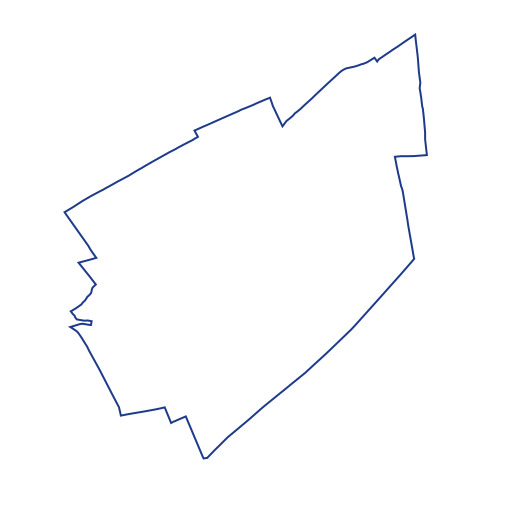 Scanteiesti, Galati, Romania (Albers equal-area conic projection), rotated 260°
{"feature_id": "2599482B67420724035432", "entity_name": "Scanteiesti", "entity_type": "district", "adm_level": 2, "iso_a3": "ROU", "parent_name": "Romania", "parent_adm1": "Galati", "projection": "albers", "projection_center": [27.986, 45.7], "detail": "fine", "context": "isolated", "style": "outline", "palette": "blue", "viewbox_px": 512, "rotation_deg": 260, "n_neighbors": 0, "source": "geoboundaries", "source_scale": "gbopen_adm2", "svg_char_len": 3142}
<svg xmlns="http://www.w3.org/2000/svg" viewBox="0 0 512 512"><g transform="rotate(260 256 256)"><path d="M340.4,94.9L339.6,93.0L337.0,86.9L335.9,84.3L335.4,83.0L333.6,78.3L332.6,75.7L332.4,75.1L329.7,76.3L326.3,77.9L295.0,92.7L291.8,93.8L287.9,95.5L281.9,98.4L281.2,91.6L280.2,80.1L265.1,88.4L256.5,92.9L255.7,93.3L255.3,92.6L253.9,90.6L253.4,89.7L251.9,88.7L250.1,88.0L248.1,87.1L247.0,85.8L246.8,85.6L244.9,82.6L243.4,81.4L241.8,79.8L240.3,77.4L238.6,75.6L236.2,70.5L234.9,67.3L233.9,64.7L233.7,64.0L230.5,65.6L229.3,66.6L228.3,67.1L226.9,67.3L224.8,68.4L224.3,69.6L222.5,74.5L222.3,75.2L222.1,75.8L221.7,79.1L220.3,82.8L218.2,82.0L217.7,81.9L216.7,81.5L217.1,80.0L219.4,73.4L219.5,70.6L219.2,68.4L219.0,66.5L218.3,60.8L217.6,61.6L217.3,61.9L214.2,65.2L213.8,65.6L213.0,66.4L211.1,67.6L206.2,69.9L203.9,70.8L198.9,72.8L196.0,74.0L193.0,74.8L190.8,75.5L187.3,76.7L184.3,77.7L171.4,82.1L155.0,87.2L143.7,90.7L135.2,93.4L133.3,94.0L132.8,94.2L132.1,94.4L130.9,94.8L128.6,94.9L125.5,95.1L122.3,95.2L122.4,101.6L122.4,106.5L122.3,121.2L122.4,131.5L122.6,136.9L122.8,139.8L114.6,141.6L106.3,143.4L107.2,146.0L107.4,147.6L107.9,149.2L110.2,159.0L66.7,168.9L65.7,169.3L65.7,170.8L65.7,172.0L65.6,172.8L71.9,181.5L79.1,191.9L81.8,195.8L82.8,197.3L87.0,204.7L96.1,220.5L105.5,235.9L110.0,243.9L122.6,266.6L123.1,267.4L131.3,282.2L132.4,284.2L133.0,285.1L138.2,293.2L147.8,308.3L149.6,311.0L167.0,336.9L168.8,339.3L169.1,339.7L171.0,342.2L192.4,369.5L212.9,395.5L214.2,397.1L223.5,408.6L225.8,411.3L226.4,411.2L259.8,411.2L266.2,411.4L267.3,411.4L290.8,411.7L295.1,411.7L296.0,411.6L297.7,411.4L299.5,411.0L311.0,410.5L311.3,410.4L315.5,410.3L320.8,410.1L325.0,410.1L329.6,410.0L329.1,416.1L328.2,421.2L327.0,428.6L325.7,441.8L341.4,442.8L348.4,444.0L363.0,445.3L372.3,445.9L373.9,445.7L374.6,445.7L377.1,445.8L380.2,446.0L383.4,446.2L386.3,446.2L387.1,446.3L392.8,446.3L398.0,447.9L399.2,448.0L399.7,448.0L407.6,448.3L411.0,448.6L416.1,449.1L424.4,449.9L426.2,450.0L436.7,450.6L440.6,450.8L446.4,451.2L441.3,439.8L437.5,431.6L436.2,428.4L434.6,424.8L434.1,423.8L431.2,417.3L428.4,411.1L426.5,409.1L430.7,407.1L427.5,399.1L426.6,394.9L426.6,393.5L425.8,389.2L425.4,385.7L425.1,377.3L424.0,373.6L422.4,370.5L413.3,356.3L410.3,351.7L404.2,342.4L402.7,340.2L402.3,339.6L401.8,338.9L395.5,328.9L392.9,325.0L390.9,321.4L389.7,319.0L387.9,316.9L386.0,313.8L383.7,309.5L379.1,304.6L389.6,301.7L398.5,299.3L400.4,298.7L404.0,298.2L409.5,297.3L409.2,296.1L408.9,294.5L408.3,291.7L407.5,288.5L406.8,285.3L405.9,281.6L405.8,281.2L405.7,281.1L405.5,280.5L403.9,273.2L402.9,268.3L402.7,267.1L402.5,266.2L402.1,265.1L401.8,264.3L397.5,246.6L396.3,241.8L393.3,229.8L393.3,229.6L392.4,225.9L390.2,217.2L383.4,219.5L382.2,216.1L381.2,213.7L380.2,210.4L378.1,203.6L376.0,197.3L375.7,196.6L375.6,196.4L373.6,190.0L373.6,189.7L371.9,185.0L370.3,180.3L366.6,169.7L364.6,164.2L364.2,163.0L364.1,162.8L362.5,158.7L361.5,155.7L359.6,150.6L357.6,145.6L357.3,144.9L353.2,132.2L351.8,128.3L350.1,123.4L348.9,119.8L347.7,116.5L346.9,113.8L346.0,111.0L343.9,104.5L343.1,102.3L340.9,96.3L340.7,95.7L340.5,95.2L340.4,94.9Z" fill="none" stroke="#1e3a8a" stroke-width="2"/></g></svg>